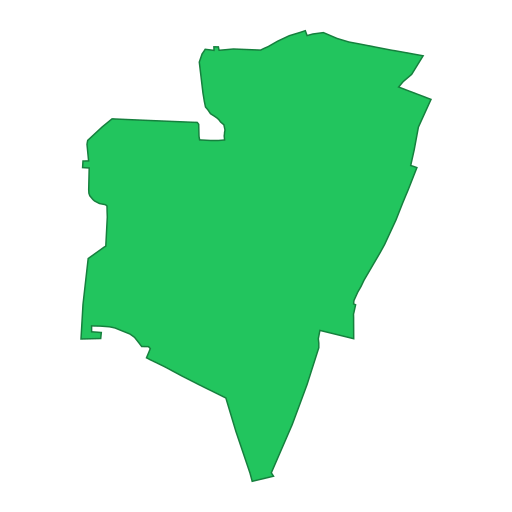 the district of Muski, Al Qahirah, Egypt
{"feature_id": "37247803B88500614059504", "entity_name": "Muski", "entity_type": "district", "adm_level": 2, "iso_a3": "EGY", "parent_name": "Egypt", "parent_adm1": "Al Qahirah", "projection": "albers", "projection_center": [31.252, 30.05], "detail": "fine", "context": "isolated", "style": "filled", "palette": "green", "viewbox_px": 512, "rotation_deg": 0, "n_neighbors": 0, "source": "geoboundaries", "source_scale": "gbopen_adm2", "svg_char_len": 2085}
<svg xmlns="http://www.w3.org/2000/svg" viewBox="0 0 512 512"><path d="M252.2,481.3L273.5,476.2L272.4,474.5L271.3,472.8L292.2,424.6L298.9,406.6L307.1,384.4L318.8,347.7L318.8,343.2L318.7,342.3L318.3,338.7L319.9,330.4L353.7,338.7L353.6,321.3L353.6,317.6L353.5,314.0L353.9,312.5L355.6,304.8L354.3,304.2L353.6,303.9L353.9,300.6L357.8,292.0L359.4,289.3L361.0,286.5L364.0,280.2L380.2,252.5L384.6,244.5L396.0,219.9L402.5,203.4L405.9,195.2L407.1,192.4L408.3,189.5L416.9,167.6L413.8,166.5L410.7,165.5L414.2,149.8L418.4,127.1L431.0,99.4L405.8,89.8L398.6,87.0L403.2,81.6L411.7,74.3L423.1,55.8L394.3,50.6L392.7,50.4L391.0,50.1L359.1,43.9L348.9,42.0L337.2,38.5L323.4,32.6L312.8,34.0L307.1,35.6L306.2,33.2L305.3,30.7L300.2,32.4L289.3,35.7L277.6,41.2L268.0,46.7L264.7,48.1L262.4,49.2L260.6,50.1L233.4,49.0L219.1,50.3L218.7,48.6L218.4,46.9L213.9,46.8L214.0,49.1L214.0,50.4L210.1,49.9L205.2,49.3L204.0,51.2L202.1,53.9L199.3,62.1L203.0,93.3L203.7,97.4L203.8,98.0L204.3,101.2L205.5,107.0L206.6,108.3L207.8,109.7L210.5,113.7L214.3,116.1L216.9,117.9L218.8,119.6L220.6,122.0L223.9,124.8L225.0,130.0L224.5,132.8L224.5,133.6L224.2,135.9L224.6,140.0L218.3,140.5L214.5,140.5L210.7,140.5L199.6,139.9L199.3,138.1L199.0,136.3L198.7,124.3L197.2,122.4L193.0,122.3L142.4,120.2L115.1,119.0L113.6,118.9L112.0,118.9L102.1,127.0L87.7,140.4L87.3,142.4L87.0,144.4L88.6,160.9L84.6,161.0L83.0,161.0L82.7,165.7L82.6,167.6L84.3,167.7L89.2,168.0L88.7,189.8L88.8,191.2L88.9,193.2L89.8,195.8L92.9,199.5L94.6,201.0L97.1,202.3L99.4,203.5L105.5,204.7L107.0,206.0L107.1,211.4L107.3,217.1L105.8,246.1L104.9,246.7L104.0,247.2L88.2,258.5L83.0,304.4L81.0,339.0L100.7,338.5L101.3,332.5L97.3,332.2L91.6,331.8L91.6,325.9L100.4,326.1L109.6,326.8L112.4,327.4L115.1,328.0L120.7,330.3L129.9,334.0L132.3,335.7L134.6,337.4L139.5,343.6L140.6,345.1L141.7,346.5L145.8,346.6L148.5,346.6L149.4,347.6L150.3,348.6L148.9,352.1L146.5,357.8L148.1,358.6L149.7,359.5L164.2,366.5L181.9,376.0L199.0,384.7L206.9,388.6L225.9,398.0L226.5,400.1L227.1,402.1L235.9,431.4L250.0,473.1L251.1,477.2L252.2,481.3Z" fill="#22c55e" stroke="#15803d" stroke-width="1.5"/></svg>